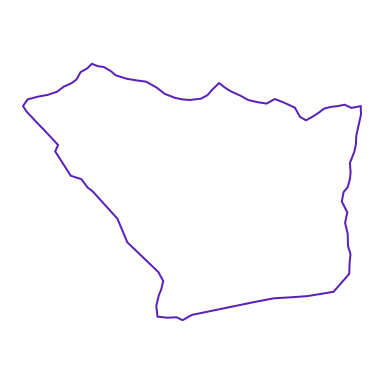 Cruz das Almas, Bahia, Brazil (Robinson projection)
{"feature_id": "56859067B52904526930124", "entity_name": "Cruz das Almas", "entity_type": "district", "adm_level": 2, "iso_a3": "BRA", "parent_name": "Brazil", "parent_adm1": "Bahia", "projection": "robinson", "projection_center": [-39.118, -12.685], "detail": "fine", "context": "isolated", "style": "outline", "palette": "violet", "viewbox_px": 384, "rotation_deg": 0, "n_neighbors": 0, "source": "geoboundaries", "source_scale": "gbopen_adm2", "svg_char_len": 1180}
<svg xmlns="http://www.w3.org/2000/svg" viewBox="0 0 384 384"><path d="M23.0,106.1L26.6,111.6L35.7,121.3L45.4,131.4L58.1,145.0L55.2,151.4L70.7,175.7L81.4,179.2L87.5,187.4L92.7,191.4L117.5,218.8L127.3,242.3L158.4,272.1L163.2,281.0L161.3,289.2L158.8,295.4L156.3,305.8L157.5,316.6L167.2,317.7L176.7,317.3L182.5,320.2L191.9,314.9L254.4,302.0L273.9,298.3L287.4,297.5L298.1,296.8L307.4,296.1L333.5,291.8L349.3,273.8L349.6,262.7L350.5,254.3L348.0,245.8L347.7,233.9L345.1,222.8L347.3,212.4L341.8,201.5L343.6,192.1L347.7,187.2L349.9,179.2L350.6,172.3L349.9,163.0L354.3,151.8L355.9,144.3L356.3,135.6L359.1,123.1L361.0,114.4L360.7,106.1L351.5,107.9L344.5,104.7L337.9,106.1L331.3,106.8L324.1,108.6L318.7,112.7L313.4,116.2L306.0,120.3L300.0,116.9L294.9,107.7L284.0,102.6L274.8,99.0L266.6,103.6L257.8,102.2L248.4,100.1L240.7,95.8L231.6,91.7L226.2,88.5L219.0,83.1L212.7,89.3L207.3,95.3L200.8,98.7L189.4,100.0L182.7,99.4L175.2,97.9L164.8,93.9L156.5,87.5L146.2,81.7L137.9,80.6L126.9,78.8L115.8,75.3L110.4,70.8L103.8,67.0L97.9,66.2L91.9,63.8L87.2,68.4L80.6,72.1L76.4,79.6L71.1,83.4L63.8,86.6L57.1,91.7L47.6,94.9L37.7,96.7L27.6,99.4L23.0,106.1Z" fill="none" stroke="#5b21b6" stroke-width="2"/></svg>